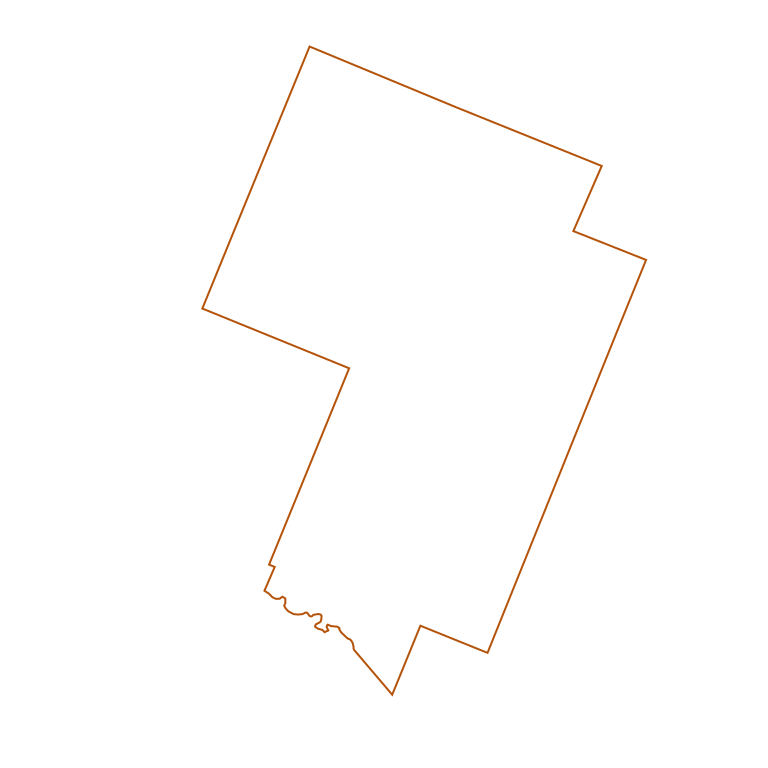 Forest, Wisconsin, United States of America, rotated 202°
{"feature_id": "52423323B22880600101250", "entity_name": "Forest", "entity_type": "district", "adm_level": 2, "iso_a3": "USA", "parent_name": "United States of America", "parent_adm1": "Wisconsin", "projection": "equal_earth", "projection_center": [-88.783, 45.725], "detail": "fine", "context": "isolated", "style": "outline", "palette": "amber", "viewbox_px": 768, "rotation_deg": 202, "n_neighbors": 0, "source": "geoboundaries", "source_scale": "gbopen_adm2", "svg_char_len": 1029}
<svg xmlns="http://www.w3.org/2000/svg" viewBox="0 0 768 768"><g transform="rotate(202 384 384)"><path d="M187.5,597.2L265.7,596.7L263.8,667.7L421.0,667.6L579.4,669.0L580.4,468.5L580.7,385.9L422.2,385.5L422.9,173.5L416.8,173.4L417.4,147.5L412.1,146.5L407.6,144.5L403.9,144.3L400.3,145.8L398.6,148.7L395.2,148.2L393.4,143.9L393.5,141.1L391.2,139.1L387.5,137.4L381.6,136.8L377.5,138.0L373.9,139.8L372.7,140.8L371.3,142.6L369.9,143.1L369.0,142.9L366.6,141.2L365.7,141.1L365.1,141.0L364.5,141.2L364.2,141.4L363.7,141.8L363.5,142.3L362.9,143.6L358.8,146.1L356.4,146.5L355.0,145.6L353.9,142.0L353.8,140.3L354.1,139.2L357.2,135.5L357.2,133.6L356.9,133.1L353.6,132.4L348.9,132.9L346.2,131.6L343.3,134.6L346.1,137.2L346.4,138.8L346.0,139.8L342.6,139.7L336.2,141.5L333.9,140.9L334.0,140.4L333.3,139.6L330.7,137.7L323.8,134.9L321.5,134.3L319.8,134.5L318.1,133.7L316.0,132.1L313.7,128.8L313.2,127.4L312.0,126.2L260.0,99.0L259.7,173.5L187.3,173.5L187.4,244.5L187.6,526.6L187.5,597.2Z" fill="none" stroke="#b45309" stroke-width="2"/></g></svg>